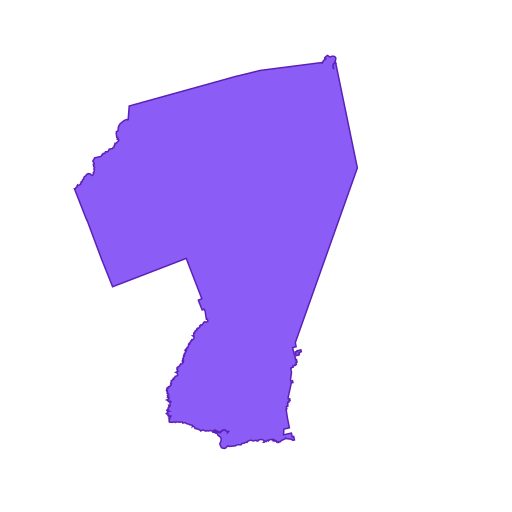 the district of Waratah-Wynyard, Tasmania, Australia, rotated 159°
{"feature_id": "25037944B19706345556765", "entity_name": "Waratah-Wynyard", "entity_type": "district", "adm_level": 2, "iso_a3": "AUS", "parent_name": "Australia", "parent_adm1": "Tasmania", "projection": "natural_earth1", "projection_center": [145.692, -41.307], "detail": "fine", "context": "isolated", "style": "filled", "palette": "violet", "viewbox_px": 512, "rotation_deg": 159, "n_neighbors": 0, "source": "geoboundaries", "source_scale": "gbopen_adm2", "svg_char_len": 6089}
<svg xmlns="http://www.w3.org/2000/svg" viewBox="0 0 512 512"><g transform="rotate(159 256 256)"><path d="M394.8,140.8L395.0,139.0L395.4,138.6L395.1,137.8L394.5,137.5L394.7,138.2L394.3,138.4L393.9,137.5L392.8,137.0L394.5,135.8L395.5,136.0L395.4,135.5L394.9,135.4L394.7,135.0L395.9,134.2L396.3,133.0L396.1,132.6L396.4,132.2L396.2,131.8L393.8,130.7L392.0,130.5L391.3,130.1L391.1,129.5L388.7,129.4L387.6,128.5L384.4,127.5L384.2,126.2L382.1,126.0L380.8,124.3L378.9,123.0L378.2,122.0L376.3,121.1L376.1,120.3L376.6,119.5L375.8,119.7L375.0,119.0L374.7,116.8L374.0,116.3L373.5,116.4L373.2,115.8L372.1,115.1L370.4,113.1L370.2,112.4L368.9,112.7L367.5,112.4L366.2,110.9L364.7,110.3L364.3,110.5L362.9,109.6L361.1,109.4L359.2,108.0L358.2,108.3L356.4,108.2L356.0,107.8L355.8,107.0L354.5,106.1L353.6,104.9L352.5,104.7L352.7,104.2L351.1,104.8L350.9,105.3L348.1,105.2L348.3,105.8L346.1,103.1L345.7,102.0L345.9,101.4L344.9,102.0L343.6,102.1L344.9,101.9L345.6,101.3L346.0,101.3L345.8,102.0L346.5,103.4L347.1,103.8L347.4,104.6L348.1,105.0L350.5,104.9L352.7,103.9L356.1,106.1L356.8,107.5L358.5,107.7L358.9,107.3L360.2,107.0L359.4,107.1L357.5,105.8L357.1,105.0L356.3,104.6L355.7,103.5L355.8,102.2L354.0,99.4L354.0,98.4L354.7,96.2L357.1,93.6L357.2,91.5L356.9,89.4L355.7,88.3L354.3,87.6L353.2,87.6L350.2,88.9L349.9,88.3L348.6,87.5L346.1,87.1L345.5,86.6L345.1,86.7L343.1,86.1L341.3,86.6L337.6,85.1L336.3,86.0L334.2,85.5L332.2,85.7L331.1,85.2L330.3,86.0L327.1,86.0L326.2,85.5L325.4,84.6L324.5,84.2L323.3,84.3L322.0,83.7L321.3,82.8L320.6,82.8L320.3,83.2L320.1,82.9L319.9,83.2L317.7,83.1L316.1,82.4L315.1,81.5L314.7,80.5L314.7,79.9L315.7,79.4L315.3,79.2L314.5,79.5L314.3,80.2L313.0,79.1L311.6,80.0L310.6,79.6L310.7,79.0L308.9,79.6L306.8,78.9L306.7,78.4L306.2,78.6L306.3,78.3L305.6,78.1L305.7,77.7L305.3,77.7L305.6,77.3L305.2,77.4L305.0,76.9L304.3,76.8L304.5,76.3L303.5,76.0L303.7,75.7L303.4,75.1L304.0,74.9L302.2,74.7L302.2,73.9L301.3,74.2L300.5,73.8L298.3,74.6L294.3,74.9L293.4,75.3L293.3,74.7L288.7,72.3L287.7,70.7L286.0,70.5L285.5,74.1L287.0,74.3L286.4,78.0L294.4,79.2L292.0,84.4L286.4,83.6L284.7,93.6L282.8,102.3L282.0,102.2L281.6,104.6L280.2,104.4L280.0,105.6L279.6,105.5L279.2,107.7L278.6,107.6L278.5,108.1L277.4,107.9L277.2,109.0L276.0,108.8L275.7,110.7L277.0,110.9L276.7,112.4L269.0,124.1L268.9,124.9L266.9,124.6L266.6,126.5L268.3,126.7L268.1,128.2L264.5,134.7L264.0,138.3L263.5,138.3L263.3,139.1L261.2,138.9L261.0,140.1L258.8,139.8L258.7,140.4L257.2,140.2L256.9,142.4L255.7,142.2L255.3,144.8L256.2,144.9L255.6,148.8L251.3,148.2L251.1,149.0L250.6,149.0L250.4,150.4L248.0,150.4L247.7,152.3L251.6,152.8L251.7,152.1L253.7,152.4L253.9,150.5L255.7,150.8L254.6,157.4L251.1,156.9L250.3,161.1L129.8,301.9L112.3,408.4L112.7,408.5L112.4,407.9L112.6,407.5L112.9,407.5L113.3,407.9L115.0,407.3L115.7,405.8L116.3,405.2L116.3,403.4L116.6,403.4L117.0,403.9L116.4,403.5L116.4,405.1L115.1,407.4L113.3,408.0L112.6,407.7L112.9,408.5L112.2,408.8L112.1,409.6L110.6,411.9L110.6,413.2L111.7,414.5L112.5,415.0L113.8,415.3L114.8,415.1L116.0,415.6L117.1,417.4L117.6,417.7L120.8,416.5L121.0,415.7L120.4,415.1L120.9,415.0L121.3,414.4L122.8,414.5L125.6,411.8L124.7,412.9L185.4,427.7L211.3,431.0L320.6,441.5L326.5,429.1L327.2,429.1L327.6,429.7L328.5,429.8L330.6,429.7L335.4,428.2L337.4,426.7L338.5,425.3L339.9,422.3L341.8,422.1L342.7,420.0L343.5,416.6L342.9,416.3L342.5,415.1L342.7,414.7L343.5,414.7L342.6,413.5L343.0,412.8L345.8,411.5L347.3,411.7L347.5,410.7L348.6,410.2L349.3,408.7L350.2,408.7L351.3,407.9L352.1,407.8L354.7,408.4L356.8,406.5L359.1,407.2L359.6,407.0L359.9,406.2L360.5,406.0L362.3,406.7L361.2,406.1L362.7,406.2L363.2,405.5L363.7,405.6L364.9,404.5L371.6,405.5L372.9,404.0L373.8,403.7L374.4,402.8L373.8,401.1L374.2,399.6L375.0,399.9L375.5,398.0L375.3,397.1L374.8,396.7L376.2,395.3L375.9,394.3L377.6,392.0L378.2,392.0L378.3,390.9L378.8,390.3L380.1,389.9L380.7,390.5L381.2,391.9L382.1,392.5L383.2,393.1L383.5,392.7L384.9,392.9L385.9,391.9L387.7,391.6L389.0,390.5L389.1,389.8L390.6,389.2L391.6,388.0L392.5,388.0L392.7,387.1L393.7,386.9L393.9,385.9L396.3,385.5L396.9,385.7L397.1,386.3L397.9,385.6L398.1,384.7L399.2,384.6L400.7,383.5L401.4,383.8L401.2,352.3L401.1,350.2L400.9,350.2L401.3,309.4L400.9,278.7L322.0,278.8L321.9,235.5L325.6,235.5L325.7,234.7L325.6,224.9L323.4,224.9L323.4,224.6L323.3,222.7L325.0,214.7L324.0,214.5L324.4,212.1L326.3,212.0L327.2,213.0L328.5,212.8L331.0,210.9L331.7,210.8L332.1,211.5L333.7,210.9L333.5,210.4L333.9,209.8L336.0,209.1L336.5,209.6L336.9,209.5L337.3,208.8L337.8,208.8L338.1,207.8L339.5,207.9L340.3,207.0L341.1,206.8L340.9,206.2L341.9,205.9L342.5,204.4L343.0,204.1L343.7,204.2L342.8,202.9L343.6,201.1L345.4,200.5L346.0,200.9L346.5,200.0L347.7,199.9L348.4,198.6L349.4,198.6L349.7,197.5L350.5,197.9L351.8,195.5L352.8,195.4L352.8,194.7L353.4,194.9L355.6,193.7L354.6,193.4L354.4,193.1L355.7,192.1L356.0,192.3L356.1,191.5L356.9,191.1L357.1,190.4L358.0,190.4L358.5,189.8L358.3,189.1L359.2,188.9L359.1,188.0L359.9,187.9L360.4,186.7L360.8,186.2L361.2,186.3L361.4,185.9L361.1,185.0L362.6,184.4L362.5,183.8L362.1,184.1L361.4,183.8L362.1,182.7L362.9,182.6L363.2,182.1L364.3,181.7L365.1,182.3L366.9,180.6L368.1,180.6L368.8,180.1L369.3,180.3L370.0,179.7L369.7,178.9L370.5,178.3L370.0,176.6L372.6,176.1L371.4,175.1L371.9,172.8L372.4,172.4L374.5,172.6L375.7,171.6L376.2,171.5L376.5,171.0L377.1,171.3L377.3,170.2L378.3,170.4L379.3,169.8L379.8,169.9L380.1,168.8L381.1,168.0L381.2,167.4L380.8,167.0L381.6,165.9L382.2,166.1L382.4,165.5L383.6,164.9L384.6,165.4L385.6,164.1L386.2,164.7L387.7,162.8L387.7,162.6L387.1,162.6L386.8,162.3L387.0,162.0L387.7,161.9L387.3,160.3L388.2,159.9L387.2,157.9L388.6,157.6L388.5,157.0L389.2,156.0L388.2,155.8L388.5,155.2L387.9,155.0L388.0,154.5L389.6,153.7L390.9,153.6L390.4,153.2L390.1,152.2L389.8,152.6L389.3,152.5L389.5,151.3L389.1,150.6L388.6,150.4L387.9,151.0L387.6,150.4L388.6,150.2L389.9,147.4L390.0,146.7L390.7,146.8L391.0,147.4L391.2,146.1L392.1,146.1L392.9,144.8L392.8,144.1L393.7,144.4L394.6,144.0L394.4,142.9L393.9,143.3L393.6,142.5L392.9,142.1L394.2,142.1L395.1,141.3L396.2,141.0L395.9,140.5L394.8,140.8Z" fill="#8b5cf6" stroke="#5b21b6" stroke-width="1.5"/></g></svg>